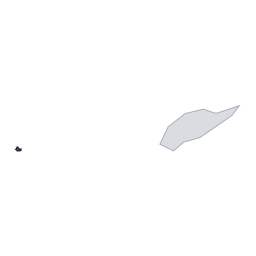 location of Ngebeianged, Palau, rotated 46°
{"feature_id": "81905179B65158388744507", "entity_name": "Ngebeianged", "entity_type": "district", "adm_level": 2, "iso_a3": "PLW", "parent_name": "Palau", "parent_adm1": "", "projection": "orthographic", "projection_center": [134.133, 6.918], "detail": "fine", "context": "in_parent", "style": "filled", "palette": "slate", "viewbox_px": 256, "rotation_deg": 46, "n_neighbors": 0, "source": "geoboundaries", "source_scale": "gbopen_adm2", "svg_char_len": 862}
<svg xmlns="http://www.w3.org/2000/svg" viewBox="0 0 256 256"><g transform="rotate(46 128 128)"><path d="M176.1,111.2L161.8,116.3L155.0,98.1L157.3,76.9L166.8,60.7L177.1,55.5L179.2,53.6L189.2,32.5L191.2,44.1L184.9,82.7L176.8,97.8L176.1,111.2Z" fill="#d9dde1" stroke="#a8b0b8" stroke-width="1"/><path d="M67.4,223.5L69.4,221.2L69.3,220.9L69.2,220.8L69.2,220.7L69.3,220.5L69.2,220.5L69.2,220.4L68.9,220.2L68.9,220.3L68.8,220.2L68.7,220.3L68.7,220.2L68.6,220.3L68.4,220.4L68.3,220.5L68.2,220.7L67.9,220.8L67.5,220.9L67.4,220.9L67.2,220.8L66.9,220.8L66.7,220.8L66.4,220.8L66.2,220.8L65.9,220.8L65.7,220.8L65.4,220.7L65.2,220.8L64.9,220.8L64.8,221.0L64.9,221.3L65.0,221.3L65.0,221.5L65.1,221.8L65.2,222.0L65.3,222.2L65.3,222.3L65.4,222.7L65.4,222.8L65.5,223.0L65.6,223.3L65.6,223.5L66.7,223.0L67.4,223.5Z" fill="#64748b" stroke="#1e293b" stroke-width="1.5"/></g></svg>